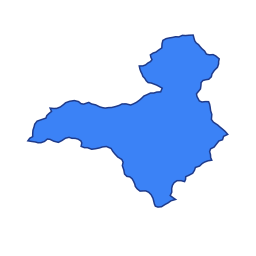 Igaratinga, Minas Gerais, Brazil, rotated 81°
{"feature_id": "56859067B35538622918215", "entity_name": "Igaratinga", "entity_type": "district", "adm_level": 2, "iso_a3": "BRA", "parent_name": "Brazil", "parent_adm1": "Minas Gerais", "projection": "robinson", "projection_center": [-44.723, -19.975], "detail": "fine", "context": "isolated", "style": "filled", "palette": "blue", "viewbox_px": 256, "rotation_deg": 81, "n_neighbors": 0, "source": "geoboundaries", "source_scale": "gbopen_adm2", "svg_char_len": 2555}
<svg xmlns="http://www.w3.org/2000/svg" viewBox="0 0 256 256"><g transform="rotate(81 128 128)"><path d="M125.0,228.9L126.3,225.0L127.3,221.7L128.5,219.2L128.9,216.2L128.2,212.6L126.3,209.4L127.0,206.8L129.4,203.4L131.3,199.0L130.1,195.3L128.3,191.4L128.0,187.7L129.4,185.0L130.0,181.7L131.2,179.0L133.3,176.6L135.5,176.0L138.8,177.2L140.6,174.1L141.1,171.1L143.3,167.2L143.4,163.2L143.2,159.2L142.7,156.1L142.9,152.2L145.6,147.9L148.8,146.6L151.4,145.1L155.0,142.7L158.2,139.0L161.1,138.2L164.3,139.5L168.8,138.7L172.9,138.6L175.6,136.7L176.5,133.9L178.7,131.9L181.3,130.9L184.3,130.1L186.9,129.9L189.6,128.4L192.2,126.0L192.5,123.1L192.9,120.3L194.7,117.6L197.5,115.6L201.4,114.3L204.7,114.0L207.2,113.8L209.5,113.2L210.8,110.8L211.0,107.2L209.3,103.3L208.2,100.1L206.6,96.9L206.0,92.2L203.8,94.5L201.3,96.9L198.2,94.8L194.5,94.3L191.6,93.1L189.2,91.0L187.7,87.9L188.3,83.8L189.8,80.5L187.8,79.2L185.1,78.6L184.2,75.2L182.8,71.2L180.2,69.0L177.5,67.6L176.8,63.3L174.7,60.3L173.7,57.9L172.9,54.1L172.9,50.3L170.2,51.0L167.3,50.7L164.1,51.1L161.5,49.7L160.3,45.9L157.9,43.4L155.0,40.2L154.4,36.5L151.2,34.9L149.9,30.5L146.4,32.7L143.7,35.0L141.1,37.3L139.1,38.9L137.3,40.9L135.5,42.8L132.6,44.3L130.2,43.7L127.7,43.1L123.9,43.7L119.8,43.6L117.1,43.7L114.6,44.3L114.0,47.6L113.9,50.9L112.4,53.3L110.2,54.1L107.5,55.0L104.9,55.0L102.8,52.6L100.7,50.3L97.4,49.3L94.6,48.7L92.8,46.6L92.5,43.7L92.5,40.6L90.5,37.7L87.7,36.6L84.6,33.7L82.1,30.2L78.9,28.5L76.5,28.1L74.0,27.1L70.6,30.0L68.8,32.5L68.5,36.1L67.3,39.0L64.0,40.3L61.1,42.7L58.9,44.1L56.7,45.3L54.7,47.3L52.5,48.4L49.6,48.8L46.4,49.1L45.9,53.4L45.7,56.7L45.0,59.8L46.0,63.5L45.3,66.7L45.5,70.0L45.5,73.1L45.7,76.4L46.9,79.8L50.1,81.2L54.2,82.1L56.0,85.9L57.4,88.5L57.9,91.5L59.3,94.5L61.9,94.3L64.2,93.6L65.9,95.4L66.9,98.2L68.4,100.7L69.0,103.7L68.5,107.2L71.7,107.0L74.4,106.5L76.8,105.7L79.4,105.2L81.5,103.7L84.2,102.6L86.3,101.0L87.2,98.0L88.7,95.4L90.0,93.1L91.8,90.7L94.0,88.0L97.4,90.1L97.0,94.0L97.5,97.0L97.0,100.3L98.1,104.1L98.9,107.3L100.7,109.8L102.3,112.3L104.0,115.7L105.0,118.8L105.7,121.8L103.9,126.1L103.3,130.1L104.3,133.2L104.9,137.3L105.2,141.0L104.8,144.2L104.8,147.4L103.9,150.0L102.7,152.6L100.1,156.3L98.5,160.3L96.6,162.7L97.0,165.3L97.5,168.0L96.6,170.6L94.2,172.7L92.5,176.7L92.5,181.6L93.3,185.7L94.7,187.9L96.6,191.4L97.5,195.4L97.1,198.3L96.2,201.8L99.6,200.9L101.6,204.2L103.1,206.3L105.4,207.5L106.2,212.2L107.0,216.7L109.6,219.5L112.2,220.6L115.3,222.2L118.6,223.0L121.6,223.5L122.7,226.6L125.0,228.9Z" fill="#3b82f6" stroke="#1e3a8a" stroke-width="1.5"/></g></svg>